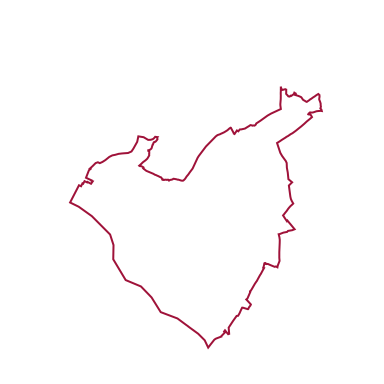 the district of Babeni, Vâlcea, Romania, rotated 112°
{"feature_id": "2599482B7467620418684", "entity_name": "Babeni", "entity_type": "district", "adm_level": 2, "iso_a3": "ROU", "parent_name": "Romania", "parent_adm1": "Vâlcea", "projection": "robinson", "projection_center": [24.207, 44.956], "detail": "fine", "context": "isolated", "style": "outline", "palette": "rose", "viewbox_px": 384, "rotation_deg": 112, "n_neighbors": 0, "source": "geoboundaries", "source_scale": "gbopen_adm2", "svg_char_len": 5701}
<svg xmlns="http://www.w3.org/2000/svg" viewBox="0 0 384 384"><g transform="rotate(112 192 192)"><path d="M228.1,299.3L247.4,301.1L248.1,291.5L251.9,275.8L262.1,252.0L270.6,244.9L283.9,239.8L298.5,220.5L298.7,203.9L304.9,190.0L315.1,176.0L314.7,158.1L318.8,142.4L321.1,133.2L324.7,124.7L330.2,118.7L326.5,117.7L320.7,116.0L320.3,115.8L319.4,115.2L318.8,114.7L315.1,110.7L314.9,110.9L310.0,108.9L309.4,110.0L307.9,109.6L310.3,105.2L309.6,104.4L304.0,107.2L299.0,106.2L296.0,105.6L290.2,104.2L289.5,102.9L286.6,102.5L283.4,102.4L280.5,102.2L280.2,101.5L279.9,98.3L279.7,96.2L279.4,96.0L278.5,96.0L277.8,96.0L275.3,95.3L274.2,95.3L272.2,99.4L271.3,101.4L270.0,100.7L262.9,100.5L262.8,100.8L262.4,101.0L262.2,100.8L261.8,100.7L261.3,100.5L260.8,100.4L259.8,100.2L253.4,99.3L251.6,98.9L251.1,98.8L250.0,98.5L248.7,98.4L243.6,97.8L242.3,97.5L237.5,97.0L235.5,96.7L235.5,97.6L234.6,97.6L233.6,97.7L231.0,98.2L230.7,98.0L230.4,97.6L230.4,97.3L231.1,97.2L231.1,96.6L230.9,95.9L230.3,94.8L230.4,91.4L230.4,87.3L229.6,86.3L229.8,84.6L228.3,84.9L223.1,85.0L220.3,86.4L215.1,88.5L206.4,91.6L203.5,92.7L201.2,94.0L198.7,95.8L198.2,95.0L195.4,92.0L193.4,88.9L192.1,88.4L189.9,84.8L188.1,82.9L182.7,92.9L183.5,93.1L181.7,95.8L179.6,98.8L178.8,98.5L176.3,97.8L174.1,97.1L171.4,96.5L169.8,96.0L167.9,95.3L166.8,94.7L164.8,93.8L162.8,96.3L161.3,97.8L159.4,99.1L149.7,104.6L145.5,102.8L144.0,107.4L138.1,110.5L134.0,113.1L129.6,115.1L128.1,116.7L126.5,119.3L124.8,122.0L122.6,124.8L114.7,131.5L111.8,129.4L110.1,128.3L106.1,125.4L105.6,125.2L104.1,123.9L103.2,123.4L102.7,122.9L101.8,122.5L99.9,120.9L97.5,119.4L96.0,118.5L93.1,116.9L90.3,115.3L86.8,113.5L83.6,112.0L80.5,110.3L78.6,109.3L77.6,108.8L76.1,110.7L75.9,111.1L75.9,111.4L76.3,112.5L76.4,112.9L76.4,113.3L75.7,113.3L75.4,113.2L75.0,112.8L74.8,112.7L74.3,112.6L74.0,112.4L73.9,112.1L73.8,111.4L73.4,110.6L73.1,109.9L72.6,109.2L71.1,107.5L70.5,106.8L70.1,106.1L69.4,104.8L68.8,103.6L68.5,102.9L68.3,102.0L67.1,102.9L66.4,104.3L64.7,104.4L64.3,104.6L63.4,105.2L61.9,105.8L61.0,106.5L60.4,107.0L58.8,108.5L58.2,108.9L57.3,109.1L56.5,109.3L56.0,109.4L55.5,109.6L54.8,110.0L54.4,110.1L54.2,110.6L53.8,111.6L55.7,113.0L57.5,114.1L58.7,115.0L61.1,116.5L61.3,116.7L61.6,117.0L62.8,117.6L64.6,118.8L65.4,119.3L65.5,119.5L65.4,120.6L65.2,121.5L65.1,122.1L65.1,122.5L64.9,123.6L64.7,123.9L64.6,124.0L64.2,124.7L63.9,125.1L63.2,126.2L63.1,127.2L63.1,128.1L63.1,129.6L63.2,130.9L63.4,132.9L63.4,133.0L62.5,132.7L62.3,132.6L62.1,132.5L61.8,132.8L61.8,133.4L61.6,134.3L62.7,134.3L63.2,134.3L64.3,135.1L65.5,135.8L66.0,136.2L65.8,136.6L67.1,137.5L67.2,138.6L66.7,139.4L66.0,141.0L65.7,141.5L65.2,141.7L64.8,141.8L64.0,142.1L63.5,142.3L62.1,142.9L61.8,143.0L61.8,143.3L61.7,143.8L61.8,144.1L62.3,144.8L62.7,145.3L63.6,146.6L63.3,147.0L62.7,147.8L62.4,148.1L62.0,148.5L61.8,148.6L61.0,149.2L61.6,148.9L62.0,148.7L63.3,148.2L64.1,147.9L65.0,147.5L66.5,147.0L68.0,146.4L69.1,145.9L72.7,144.5L77.5,143.0L78.8,142.4L81.8,140.7L83.8,142.6L89.7,148.1L92.9,150.6L100.2,155.2L103.1,157.2L104.4,158.1L105.6,158.1L106.6,158.6L106.8,158.7L107.0,158.9L107.1,159.0L107.1,159.5L107.3,159.8L107.4,160.2L107.5,160.4L107.7,160.6L107.8,160.7L107.9,160.9L107.8,161.2L107.8,161.5L108.0,162.5L108.1,162.9L109.2,163.6L111.6,165.4L113.0,166.4L113.3,166.6L114.5,168.3L114.8,168.8L115.4,169.6L116.1,171.1L118.4,171.8L118.1,173.4L122.3,174.3L122.2,175.1L121.9,175.3L120.9,176.4L118.1,179.8L117.9,180.0L117.9,180.3L118.0,180.4L119.4,181.3L120.9,182.0L121.5,182.3L121.9,182.6L123.3,183.6L124.5,184.5L125.2,185.1L125.9,185.8L126.4,186.2L126.7,186.6L127.9,187.6L129.8,189.8L130.3,190.0L131.7,190.9L132.1,191.0L144.5,196.1L156.0,199.2L158.2,199.6L170.0,200.2L170.8,200.4L174.5,201.4L177.2,202.0L179.6,202.8L182.2,203.3L182.8,203.5L183.7,203.9L184.0,204.0L184.8,204.5L185.2,205.3L185.4,206.1L185.5,206.8L185.5,207.4L185.7,209.5L185.9,209.9L186.0,210.1L186.0,211.0L186.3,212.5L186.6,214.0L186.8,214.3L187.4,214.6L187.5,214.7L187.7,215.0L188.1,215.3L188.6,216.2L189.0,216.8L189.4,217.2L189.6,217.4L190.0,217.6L189.6,218.3L189.5,218.6L189.6,218.9L189.6,219.0L190.0,219.5L190.2,219.8L190.3,220.7L190.4,221.0L190.7,221.5L191.1,222.1L191.4,222.6L191.5,223.0L191.1,222.9L191.1,223.0L191.2,223.4L191.6,223.7L191.7,223.8L191.7,224.0L191.6,224.3L191.4,224.4L191.0,224.6L190.8,224.9L190.5,225.3L190.3,225.7L190.0,226.3L190.1,226.6L190.1,227.2L189.9,229.2L189.9,230.2L189.8,232.0L189.9,232.8L189.6,234.7L189.5,242.3L189.3,242.9L188.9,244.4L188.7,244.9L188.7,245.4L188.4,245.8L188.3,246.1L187.8,245.9L187.6,246.0L187.4,246.1L187.3,246.3L187.1,248.1L187.1,248.4L187.2,249.4L187.3,249.9L187.5,250.0L187.5,250.5L187.4,250.8L185.2,249.7L182.7,248.6L180.1,247.0L177.8,245.9L174.4,245.4L173.9,245.4L173.4,245.7L172.6,246.1L172.1,246.1L170.1,247.0L169.8,247.2L169.8,247.4L169.9,247.5L170.3,247.6L170.3,247.9L169.7,248.2L169.3,247.6L168.3,246.6L167.9,246.4L167.3,246.1L166.9,245.9L166.1,245.9L164.5,246.1L163.3,246.2L163.0,246.2L162.8,246.2L162.7,246.0L161.9,246.0L161.1,246.1L160.3,246.0L159.7,245.7L159.7,245.3L159.6,245.2L159.2,244.9L158.6,244.5L157.6,244.2L156.3,243.8L156.1,243.8L155.9,243.8L155.1,244.4L154.9,244.6L154.5,244.6L154.0,244.5L154.5,246.3L154.6,246.8L154.9,246.9L155.4,247.0L157.0,247.7L157.7,248.2L157.9,248.4L158.7,249.4L159.1,249.9L160.1,252.2L159.4,256.8L159.3,257.3L160.5,262.6L166.0,261.6L173.8,262.6L177.1,263.3L179.8,265.9L182.3,271.0L184.1,274.3L186.2,277.0L187.9,279.6L190.4,281.8L194.9,284.3L197.7,286.3L199.8,288.3L199.7,290.4L201.3,292.2L205.1,293.8L208.7,295.5L208.8,294.8L210.5,295.7L218.5,295.6L218.7,292.0L218.8,289.5L219.2,289.5L219.2,288.0L222.2,288.7L221.8,292.7L222.4,292.8L222.2,295.7L225.1,296.0L225.0,296.8L228.2,297.0L228.1,299.3Z" fill="none" stroke="#9f1239" stroke-width="2"/></g></svg>